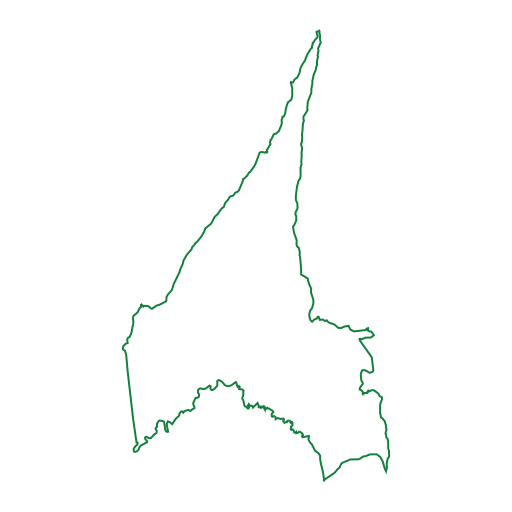 Tocaima, Cundinamarca, Colombia (Equal Earth projection)
{"feature_id": "7082276B61124512176506", "entity_name": "Tocaima", "entity_type": "district", "adm_level": 2, "iso_a3": "COL", "parent_name": "Colombia", "parent_adm1": "Cundinamarca", "projection": "equal_earth", "projection_center": [-74.634, 4.489], "detail": "fine", "context": "isolated", "style": "outline", "palette": "green", "viewbox_px": 512, "rotation_deg": 0, "n_neighbors": 0, "source": "geoboundaries", "source_scale": "gbopen_adm2", "svg_char_len": 6076}
<svg xmlns="http://www.w3.org/2000/svg" viewBox="0 0 512 512"><path d="M158.8,305.1L157.5,305.2L155.9,306.0L152.0,308.8L151.0,308.4L148.4,306.2L145.6,305.8L143.9,306.0L143.3,306.6L141.5,304.5L140.9,305.0L140.9,307.3L139.8,308.0L137.5,312.4L133.5,315.9L133.0,317.5L133.4,322.7L131.3,333.2L129.6,337.0L128.2,337.6L127.2,339.4L127.6,343.1L125.7,343.7L123.3,346.2L122.8,348.1L122.9,349.3L125.1,351.0L126.2,354.9L127.6,370.9L133.1,418.8L136.5,442.4L137.6,442.6L137.7,443.0L137.3,444.7L135.7,445.9L133.7,448.6L133.7,450.6L134.1,451.7L135.6,451.8L137.1,451.1L138.3,449.9L139.5,447.2L140.7,445.6L147.1,442.2L147.1,441.2L145.3,439.0L145.0,438.2L145.4,437.1L146.6,436.8L149.0,438.2L151.0,438.0L154.3,434.3L156.4,433.1L156.7,430.7L155.6,428.8L155.7,427.9L157.0,426.7L157.0,423.7L158.6,421.1L159.2,420.6L160.2,420.6L162.7,421.0L164.1,421.8L165.3,430.1L166.3,431.5L167.4,431.9L168.1,431.7L166.8,425.1L166.9,423.8L167.8,421.4L169.8,422.1L172.2,424.2L175.7,418.8L179.2,415.6L179.4,413.6L180.8,411.6L182.1,411.4L183.2,412.7L184.3,411.2L188.2,409.9L190.4,411.0L192.0,409.5L194.3,408.3L194.3,406.3L193.4,404.8L193.2,403.2L195.5,398.0L197.9,397.6L198.6,397.0L199.1,395.7L199.1,394.3L198.0,392.6L197.9,391.4L198.5,389.3L200.3,388.4L203.9,389.1L205.6,388.6L209.6,385.6L210.6,386.2L210.4,388.1L210.8,389.5L212.1,390.1L213.0,389.7L214.3,389.0L217.1,385.9L217.4,384.7L217.2,381.6L217.4,380.8L218.5,380.1L219.2,380.2L222.0,381.7L224.9,385.2L227.4,386.2L231.1,385.5L235.9,382.0L236.1,382.2L237.6,386.9L239.0,386.0L239.7,386.7L239.1,389.1L241.6,389.3L242.9,389.9L243.6,390.8L243.2,392.1L243.4,394.4L242.2,398.6L243.3,400.2L244.1,404.6L244.7,406.1L246.7,407.2L247.6,408.5L248.4,408.5L249.2,407.0L249.2,406.6L247.9,405.6L248.8,404.1L249.9,405.9L251.0,405.6L252.6,406.2L253.0,407.5L257.5,403.0L258.5,405.3L258.7,407.2L259.3,407.2L259.9,406.6L260.9,406.6L260.7,407.8L261.2,407.9L263.1,406.5L264.7,409.3L264.7,407.1L265.4,407.9L265.5,409.4L267.2,407.8L267.6,408.4L268.8,408.4L272.9,411.1L273.3,412.1L271.7,413.9L271.8,416.4L272.4,416.8L273.8,416.1L274.8,416.5L275.6,417.3L275.7,419.2L277.4,418.1L280.5,418.9L283.3,418.6L283.9,419.0L284.1,419.6L283.2,421.2L284.5,422.9L286.0,422.1L286.9,422.2L287.4,420.8L288.1,420.6L289.8,420.8L290.3,422.3L291.1,423.0L291.7,421.8L292.0,421.9L292.5,423.1L292.5,425.2L292.2,425.9L291.2,426.4L290.8,429.1L291.3,429.8L292.4,429.4L293.3,429.8L294.2,432.5L295.4,432.8L296.2,431.9L296.5,433.2L297.9,432.8L299.1,431.7L300.0,431.8L302.4,433.6L302.8,434.4L302.9,435.1L302.2,435.4L302.0,436.2L302.1,436.7L302.8,437.3L308.8,435.9L309.0,436.8L308.4,439.5L309.8,442.1L312.0,444.6L315.1,450.8L318.5,453.2L320.2,455.9L320.1,458.8L320.9,463.6L323.1,472.6L323.9,479.0L323.8,481.3L324.7,479.5L334.7,472.7L337.2,469.6L339.6,467.5L341.2,463.8L342.4,462.8L350.6,459.4L358.6,459.3L359.7,458.9L363.1,456.5L365.5,456.2L370.3,454.3L376.7,454.3L380.3,457.0L382.8,461.7L384.5,467.8L386.0,471.2L386.9,467.4L386.7,463.6L387.6,458.8L388.9,456.9L389.2,455.4L388.9,450.3L388.2,448.7L388.2,442.0L387.6,438.9L386.1,436.8L386.2,435.2L385.5,433.4L386.5,429.4L386.0,428.0L386.2,426.3L384.7,421.1L382.1,418.1L381.0,417.4L380.1,412.9L380.1,404.9L380.9,401.7L382.0,399.5L381.8,397.2L379.5,396.0L378.5,393.6L373.7,390.2L371.2,390.3L369.6,391.2L368.4,390.6L367.5,391.4L367.9,392.2L367.1,393.0L364.7,392.9L363.1,394.3L362.7,393.7L362.8,391.9L361.5,390.4L359.7,389.5L359.9,387.9L362.7,383.8L362.8,382.9L361.4,380.7L360.9,376.7L360.8,373.6L362.2,370.3L365.1,370.2L369.6,372.8L372.6,371.8L373.2,371.0L373.3,369.9L371.8,357.7L371.3,356.6L360.0,340.7L359.4,339.2L360.1,338.7L361.8,339.3L365.4,337.7L370.9,337.5L373.8,335.3L372.7,333.4L371.0,331.5L369.2,331.3L367.6,330.3L368.1,329.5L368.1,328.2L366.9,328.5L366.0,329.5L364.5,330.2L354.1,331.4L350.5,329.7L348.5,325.8L344.0,326.7L341.3,328.0L338.1,327.8L335.1,325.0L332.6,323.7L329.9,323.1L327.9,321.8L326.7,320.3L325.2,321.0L322.7,319.5L319.8,319.9L318.8,317.1L318.4,316.7L317.6,316.9L317.1,318.4L314.3,319.5L312.2,321.7L310.7,320.6L309.7,318.2L309.2,314.4L310.3,310.3L311.6,308.9L312.3,307.3L313.3,303.6L313.4,301.0L313.2,299.3L311.0,292.5L311.2,289.7L310.9,288.0L309.2,284.3L307.9,280.1L307.8,278.6L301.1,274.4L301.1,268.7L300.2,258.1L299.6,255.0L299.8,252.1L298.7,247.7L297.6,247.1L296.5,244.7L296.7,240.2L294.0,232.6L293.0,226.8L294.3,224.9L296.3,220.3L296.2,216.0L295.5,214.7L295.4,213.6L295.9,211.6L297.4,208.8L297.6,207.7L297.3,203.0L296.3,201.2L295.8,198.8L295.9,195.4L297.1,186.1L298.2,182.4L298.2,181.4L300.1,178.4L300.6,175.7L300.5,167.6L301.5,164.1L301.3,161.6L301.7,154.6L301.5,153.1L302.1,149.0L302.1,147.9L301.0,144.3L301.3,143.0L301.9,142.2L302.2,137.6L302.0,134.1L302.4,131.7L303.0,123.2L303.9,121.0L303.4,118.4L303.5,116.6L307.4,110.5L307.3,107.1L307.9,101.5L311.3,92.8L311.4,88.6L312.4,83.5L312.3,81.1L313.9,74.0L315.8,69.8L316.0,67.4L316.9,65.5L317.1,60.2L318.0,57.1L317.6,55.5L318.4,50.9L318.2,48.2L320.7,42.5L319.8,38.4L320.2,35.4L319.4,33.4L319.5,31.3L319.2,30.7L318.3,31.4L316.6,31.7L316.5,32.8L317.7,36.0L317.0,37.7L314.9,40.0L313.5,42.4L312.7,42.7L312.8,43.9L311.9,46.3L312.0,47.8L311.1,48.4L307.9,53.4L306.0,57.4L305.1,60.3L301.9,65.1L300.5,68.1L299.7,72.2L298.8,74.6L298.2,75.2L298.1,76.1L296.8,77.9L294.7,79.3L292.9,82.6L291.9,82.7L291.0,82.0L290.7,82.4L292.4,88.7L292.1,89.9L292.3,95.1L291.7,98.3L291.2,99.8L288.1,102.1L287.0,104.8L285.8,109.0L285.2,113.4L283.8,116.5L282.6,116.7L281.6,120.0L281.8,122.7L281.5,124.6L278.8,131.3L275.6,133.8L273.8,134.2L271.1,139.8L270.6,139.9L269.9,142.1L270.5,144.1L266.8,150.1L267.4,151.8L267.2,152.3L266.6,152.5L265.6,152.1L265.1,152.7L261.7,151.9L259.7,152.6L255.5,163.9L254.1,166.5L250.2,171.9L249.2,172.4L247.3,175.5L244.1,178.7L242.8,179.3L242.9,180.9L238.9,190.4L237.5,191.8L235.2,192.7L233.9,194.8L232.7,195.8L230.0,196.6L228.1,199.6L225.1,203.1L223.8,206.9L221.6,208.5L217.7,214.0L214.7,216.9L211.0,223.8L205.2,228.5L204.2,231.5L201.3,236.6L197.2,241.7L195.5,243.0L194.3,245.0L192.2,247.2L191.4,249.5L187.0,254.5L184.3,259.1L183.3,261.1L183.0,263.3L180.3,269.3L179.5,272.2L173.6,284.3L171.9,290.0L167.9,294.6L166.6,296.8L166.2,301.3L158.8,305.1Z" fill="none" stroke="#15803d" stroke-width="2"/></svg>